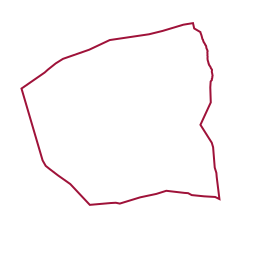 the district of Sevrei, Ömnögovi, Mongolia, rotated 347°
{"feature_id": "93677404B27006203357134", "entity_name": "Sevrei", "entity_type": "district", "adm_level": 2, "iso_a3": "MNG", "parent_name": "Mongolia", "parent_adm1": "Ömnögovi", "projection": "equal_earth", "projection_center": [102.849, 43.72], "detail": "fine", "context": "isolated", "style": "outline", "palette": "rose", "viewbox_px": 256, "rotation_deg": 347, "n_neighbors": 0, "source": "geoboundaries", "source_scale": "gbopen_adm2", "svg_char_len": 1678}
<svg xmlns="http://www.w3.org/2000/svg" viewBox="0 0 256 256"><g transform="rotate(347 128 128)"><path d="M214.4,121.7L217.3,107.0L219.0,101.3L220.6,100.0L220.7,99.0L221.2,98.5L221.5,97.8L221.6,97.4L221.6,97.1L221.7,96.9L221.9,96.6L222.2,96.1L222.2,95.8L222.2,95.3L222.2,94.9L222.3,94.6L222.3,94.3L222.3,94.0L222.3,93.2L222.3,92.3L222.4,91.7L222.5,91.5L222.7,91.0L222.8,90.7L222.9,90.4L222.9,89.9L222.5,89.0L222.3,88.5L222.2,88.2L222.2,87.8L222.1,87.2L222.0,86.8L221.9,86.5L221.6,85.9L221.5,85.4L221.3,84.9L221.1,84.6L221.1,84.1L221.2,83.8L221.1,83.5L221.0,83.1L221.0,82.9L221.0,82.5L221.1,82.1L221.0,81.7L221.0,81.2L220.9,79.8L220.9,79.5L221.0,79.0L221.1,78.5L221.1,78.1L221.2,77.6L221.4,77.1L221.6,76.6L221.7,75.4L221.7,75.0L222.0,74.2L222.1,73.8L222.3,72.3L222.7,71.3L222.9,71.0L222.8,70.7L222.7,70.5L222.8,70.2L222.8,69.8L222.7,69.3L222.6,68.9L222.5,68.5L222.4,68.2L222.4,67.9L222.4,67.6L222.4,67.1L222.5,66.8L222.5,66.5L222.5,66.2L222.5,65.8L222.5,65.5L222.4,65.2L222.3,64.9L222.1,64.4L221.9,64.2L221.9,63.8L221.8,63.2L221.7,62.8L221.5,62.4L221.3,62.0L221.1,61.6L221.1,61.2L221.1,60.8L221.0,60.6L220.9,60.2L220.9,59.3L220.9,58.9L220.5,58.0L220.5,55.9L220.4,53.9L220.1,51.7L220.1,51.0L220.1,50.8L214.9,45.9L214.9,40.4L205.1,39.8L183.5,41.2L169.6,41.4L130.0,38.2L107.8,43.0L80.2,46.0L72.1,48.8L63.1,53.1L59.3,55.2L33.1,65.6L37.5,140.4L39.3,146.4L42.7,150.7L49.1,158.4L59.2,169.7L73.5,194.3L94.1,197.2L99.3,198.1L103.0,199.8L124.3,198.3L140.8,198.6L151.2,197.8L168.3,203.9L171.9,205.0L175.0,207.7L186.8,211.7L197.4,214.8L201.1,217.8L203.4,195.8L204.0,191.6L203.6,186.1L206.6,165.9L206.3,161.2L199.3,141.2L214.4,121.7Z" fill="none" stroke="#9f1239" stroke-width="2"/></g></svg>